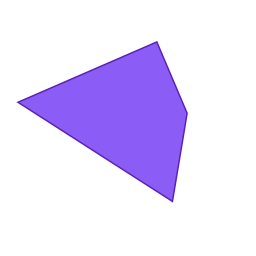 the state/province of Yaren, rotated 144°
{"feature_id": "NRU-4983", "entity_name": "Yaren", "entity_type": "state/province", "adm_level": 1, "iso_a3": "NRU", "parent_name": "Nauru", "parent_adm1": "", "projection": "natural_earth1", "projection_center": [166.924, -0.543], "detail": "fine", "context": "isolated", "style": "filled", "palette": "violet", "viewbox_px": 256, "rotation_deg": 144, "n_neighbors": 0, "source": "natural_earth", "source_scale": "10m", "svg_char_len": 238}
<svg xmlns="http://www.w3.org/2000/svg" viewBox="0 0 256 256"><g transform="rotate(144 128 128)"><path d="M201.9,213.5L54.1,180.7L71.5,105.2L88.0,88.9L135.2,42.5L201.9,213.5Z" fill="#8b5cf6" stroke="#5b21b6" stroke-width="1.5"/></g></svg>